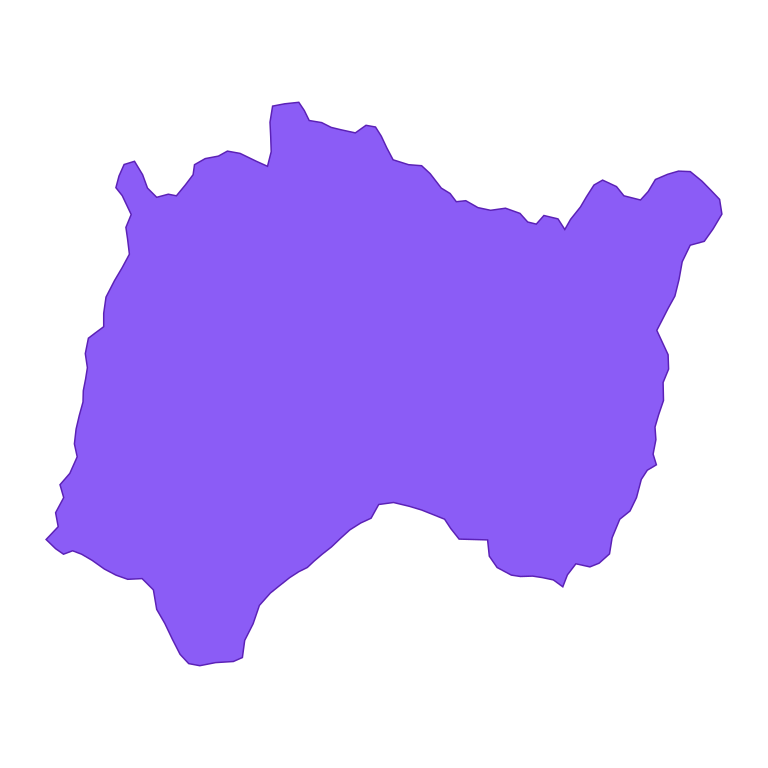 Arco-Íris, São Paulo, Brazil (Natural Earth projection)
{"feature_id": "56859067B7870901954406", "entity_name": "Arco-Íris", "entity_type": "district", "adm_level": 2, "iso_a3": "BRA", "parent_name": "Brazil", "parent_adm1": "São Paulo", "projection": "natural_earth1", "projection_center": [-50.429, -21.77], "detail": "fine", "context": "isolated", "style": "filled", "palette": "violet", "viewbox_px": 768, "rotation_deg": 0, "n_neighbors": 0, "source": "geoboundaries", "source_scale": "gbopen_adm2", "svg_char_len": 2210}
<svg xmlns="http://www.w3.org/2000/svg" viewBox="0 0 768 768"><path d="M719.6,199.4L711.4,190.8L702.0,181.2L690.3,171.6L678.5,171.1L667.6,174.3L655.4,179.5L648.2,191.5L640.5,200.0L623.9,195.8L616.5,186.6L602.6,180.1L594.0,185.0L586.5,196.7L580.5,206.9L570.6,219.3L564.8,229.5L558.0,218.9L543.9,215.5L536.3,224.1L527.7,222.0L520.0,213.4L505.5,208.2L490.6,210.3L477.9,207.6L465.8,200.7L456.3,201.7L450.1,193.5L441.3,188.1L430.2,173.7L421.6,165.7L408.6,164.7L393.1,159.8L386.8,147.9L381.3,136.2L375.5,127.0L366.0,125.3L355.3,132.9L340.7,129.7L331.2,127.4L321.7,122.6L309.2,120.5L304.3,110.5L298.8,102.3L284.7,103.8L272.6,106.1L270.0,122.2L270.7,136.6L271.2,151.7L267.5,166.3L256.4,161.3L240.1,153.4L227.4,151.1L218.4,156.1L205.2,158.6L194.5,164.7L193.1,174.7L185.3,185.0L176.4,195.8L168.3,194.2L156.7,197.3L147.5,188.1L142.6,174.7L134.5,161.3L124.1,164.5L119.0,176.0L115.9,187.7L122.2,195.6L131.2,214.5L125.9,227.4L127.6,239.2L129.4,254.2L122.2,267.6L114.5,280.6L106.0,297.1L103.7,313.3L103.7,326.7L95.6,332.7L88.4,338.2L85.3,353.6L87.4,367.7L85.6,379.0L83.3,390.7L83.0,402.0L79.3,415.4L76.1,429.0L74.4,443.9L77.2,456.8L69.8,473.4L60.0,484.7L63.7,497.6L55.6,512.7L58.2,526.7L46.1,539.5L55.6,548.7L63.5,554.2L72.6,550.8L81.6,554.2L92.2,560.4L104.3,569.0L115.9,575.1L127.7,579.3L142.1,578.6L153.4,589.9L156.7,609.4L164.8,623.4L172.4,639.3L180.1,654.4L188.7,663.6L199.8,665.7L215.6,662.6L233.4,661.5L242.4,657.5L244.7,640.4L253.1,623.8L259.4,605.4L270.3,593.1L278.1,586.8L289.7,577.6L298.8,571.7L307.3,567.5L314.1,561.1L322.2,554.2L331.4,547.0L340.3,538.5L349.8,529.9L360.7,523.0L371.1,518.2L378.7,504.5L393.5,502.5L408.9,506.2L421.6,510.0L444.6,519.2L450.8,528.6L459.1,539.1L487.6,539.9L489.3,556.2L497.1,567.5L511.3,575.1L520.5,576.5L532.6,576.1L542.4,577.6L553.3,579.9L562.8,586.8L567.4,574.9L575.9,563.8L589.9,566.9L599.1,563.2L609.5,553.9L612.1,537.8L619.8,519.2L630.0,511.0L636.5,497.6L641.3,479.4L647.3,470.2L656.4,464.8L653.1,454.1L655.9,439.7L655.0,427.1L658.6,414.8L663.5,400.5L663.1,382.5L668.6,369.1L668.1,354.7L656.8,330.4L663.7,317.0L668.1,308.4L674.9,296.1L679.0,279.6L682.2,261.8L690.2,245.2L704.3,241.3L713.1,228.9L721.9,214.1L719.6,199.4Z" fill="#8b5cf6" stroke="#5b21b6" stroke-width="1.5"/></svg>